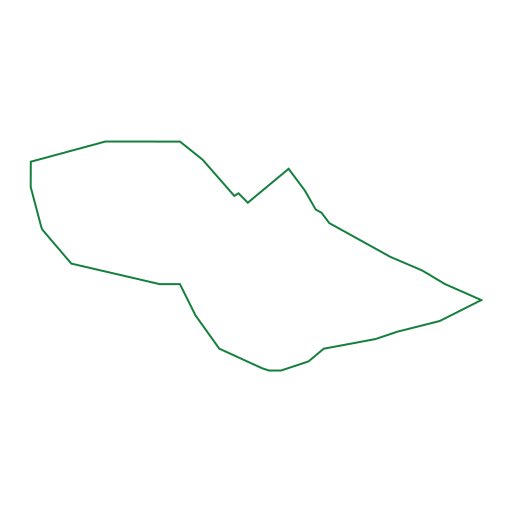 outline of Danew, Chardzhou, Turkmenistan
{"feature_id": "10190150B82365313393871", "entity_name": "Danew", "entity_type": "district", "adm_level": 2, "iso_a3": "TKM", "parent_name": "Turkmenistan", "parent_adm1": "Chardzhou", "projection": "albers", "projection_center": [63.207, 39.218], "detail": "fine", "context": "isolated", "style": "outline", "palette": "green", "viewbox_px": 512, "rotation_deg": 0, "n_neighbors": 0, "source": "geoboundaries", "source_scale": "gbopen_adm2", "svg_char_len": 542}
<svg xmlns="http://www.w3.org/2000/svg" viewBox="0 0 512 512"><path d="M422.2,270.5L390.4,256.9L329.3,223.1L321.5,212.7L315.7,209.5L304.8,190.5L288.6,168.8L247.8,202.7L238.5,193.3L234.3,195.9L202.6,159.7L180.0,141.6L105.4,141.5L30.8,161.7L30.7,187.0L41.2,226.7L42.3,229.6L71.3,263.6L159.5,284.1L179.9,284.1L195.5,315.4L219.3,348.7L262.2,368.3L268.9,370.5L281.1,370.5L308.5,361.4L323.7,348.7L375.6,339.0L397.3,331.7L439.7,321.0L480.2,300.6L480.3,300.7L481.3,300.1L444.8,284.0L422.2,270.5Z" fill="none" stroke="#15803d" stroke-width="2"/></svg>